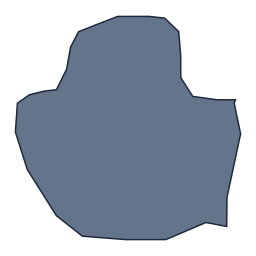 the border of York
{"feature_id": "GBR-2120", "entity_name": "York", "entity_type": "Unitary Authority", "adm_level": 1, "iso_a3": "GBR", "parent_name": "United Kingdom", "parent_adm1": "", "projection": "orthographic", "projection_center": [-1.072, 53.949], "detail": "fine", "context": "isolated", "style": "filled", "palette": "slate", "viewbox_px": 256, "rotation_deg": 0, "n_neighbors": 0, "source": "natural_earth", "source_scale": "10m", "svg_char_len": 451}
<svg xmlns="http://www.w3.org/2000/svg" viewBox="0 0 256 256"><path d="M148.7,16.4L164.7,18.1L178.7,31.7L180.7,55.6L180.8,77.7L192.8,96.4L216.8,99.8L235.5,99.8L234.2,103.2L240.6,133.9L227.0,197.3L226.7,226.5L206.0,222.5L165.8,239.6L125.6,239.6L82.4,236.2L56.4,215.7L27.3,169.6L15.4,132.1L17.4,103.2L29.5,94.7L43.5,91.3L56.5,89.6L66.6,69.2L70.6,47.0L78.6,31.7L95.7,24.9L117.7,16.4L148.7,16.4Z" fill="#64748b" stroke="#1e293b" stroke-width="1.5"/></svg>